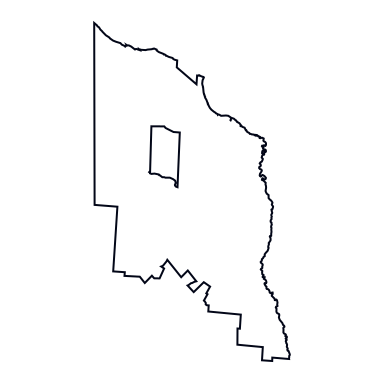 outline of Burke, Queensland, Australia
{"feature_id": "25037944B14025919363288", "entity_name": "Burke", "entity_type": "district", "adm_level": 2, "iso_a3": "AUS", "parent_name": "Australia", "parent_adm1": "Queensland", "projection": "natural_earth1", "projection_center": [139.379, -18.061], "detail": "fine", "context": "isolated", "style": "outline", "palette": "ink", "viewbox_px": 384, "rotation_deg": 0, "n_neighbors": 0, "source": "geoboundaries", "source_scale": "gbopen_adm2", "svg_char_len": 5967}
<svg xmlns="http://www.w3.org/2000/svg" viewBox="0 0 384 384"><path d="M94.2,23.0L94.6,204.9L117.4,206.7L113.2,271.4L124.8,272.2L124.5,275.9L139.8,276.7L144.8,283.0L151.9,275.7L154.2,278.3L159.6,278.4L164.1,268.5L161.2,266.5L162.7,265.9L163.6,265.0L166.5,261.4L167.3,259.8L181.2,277.2L187.8,270.5L196.3,281.3L194.4,281.8L192.1,283.0L191.0,283.2L188.4,285.2L187.6,285.5L193.7,292.1L203.8,282.2L210.1,286.6L206.3,293.4L207.5,294.2L203.9,300.6L204.8,301.4L205.8,303.0L205.7,304.4L206.7,305.2L208.7,305.4L208.3,311.5L240.8,314.6L239.9,328.7L237.5,328.5L237.4,344.7L262.8,347.1L262.0,360.3L272.2,361.0L272.3,357.6L289.1,359.0L289.0,358.3L289.2,357.4L289.2,355.9L289.8,355.0L289.8,354.3L288.6,351.1L288.3,350.7L287.7,350.7L287.3,349.8L287.7,348.5L286.8,346.8L287.1,344.9L286.7,343.6L286.3,343.2L286.2,342.2L285.8,341.5L285.9,340.7L286.7,339.9L286.5,339.4L285.8,338.9L285.7,338.6L286.8,337.7L286.9,336.9L286.7,336.6L285.9,336.7L285.4,336.3L285.4,335.6L285.9,334.9L285.6,334.3L283.9,333.4L283.4,332.4L283.5,329.6L283.3,328.0L283.5,327.6L284.4,326.8L284.4,326.3L284.0,325.6L283.0,324.8L282.4,323.1L279.7,319.8L278.9,317.5L279.3,315.1L279.1,314.2L278.4,313.7L277.3,313.2L276.7,312.5L276.4,311.4L276.5,308.7L275.8,307.6L276.1,306.7L277.3,306.2L277.5,306.0L277.2,304.5L277.5,302.6L277.1,300.7L276.8,300.0L276.4,299.6L275.7,299.7L275.2,300.2L274.8,300.1L274.5,298.6L271.8,295.9L271.8,295.4L272.7,293.9L272.6,292.5L272.1,292.5L271.4,293.4L270.4,293.1L269.7,292.5L269.6,291.4L268.8,289.8L267.9,289.1L266.9,289.0L266.6,288.7L266.4,288.1L266.5,286.7L265.6,285.9L264.7,284.4L264.5,283.7L264.6,283.3L264.8,283.1L265.7,283.3L266.1,283.2L266.4,282.5L266.3,281.5L266.0,280.6L265.4,279.8L263.9,278.9L264.0,278.4L264.6,277.7L264.6,277.2L263.2,277.4L262.7,277.1L262.7,276.5L263.5,275.5L263.6,275.1L262.3,274.2L262.1,272.5L262.3,271.0L260.8,269.5L261.1,268.8L262.1,268.2L262.3,267.9L262.2,266.6L262.6,265.5L262.7,264.6L262.4,264.0L260.8,262.6L260.7,261.9L261.6,261.0L261.9,260.1L261.9,259.2L263.0,258.2L263.6,256.9L264.7,256.2L264.7,254.3L265.8,252.8L267.5,251.0L267.8,250.4L268.5,248.3L268.6,247.8L268.2,247.2L268.3,246.2L269.0,244.0L268.7,243.1L270.3,240.8L270.6,240.0L270.5,238.0L269.8,236.7L270.1,236.0L271.0,236.0L271.2,235.8L271.2,233.7L271.5,231.9L271.3,229.6L271.5,227.9L271.1,227.2L271.2,226.1L271.8,224.6L271.5,223.7L271.5,222.6L270.7,221.9L270.6,221.2L270.7,220.4L271.6,219.0L271.4,217.7L271.8,216.6L271.4,215.7L271.3,215.0L271.4,214.5L272.1,213.4L272.2,212.5L271.8,211.5L271.8,210.4L271.5,210.1L271.4,209.7L271.6,209.4L272.5,209.0L273.1,206.8L273.0,206.3L272.1,205.2L271.8,204.5L272.4,202.9L272.4,202.4L271.2,200.6L269.7,199.4L268.6,198.1L268.6,195.1L266.7,193.6L265.7,191.5L265.6,190.8L266.1,187.8L266.0,186.1L265.5,184.3L265.7,182.8L263.3,180.4L262.2,180.1L261.9,179.8L262.2,178.7L262.7,178.3L263.3,178.6L263.9,179.4L265.4,179.2L265.8,178.5L265.9,177.8L264.4,176.0L262.9,175.1L262.4,175.0L261.9,175.3L261.1,176.3L260.7,176.5L260.0,176.1L259.7,175.4L260.0,173.8L261.6,171.3L261.8,170.5L261.4,169.6L259.9,169.0L259.1,168.0L259.3,167.0L260.4,166.3L260.8,165.6L260.6,164.3L259.8,163.7L259.7,163.4L260.5,162.3L261.8,161.6L262.7,159.6L262.8,158.8L261.7,157.6L262.1,155.9L262.7,155.0L264.0,154.7L264.2,154.3L264.1,153.7L263.7,153.2L262.6,153.6L262.1,153.3L262.1,152.7L262.3,151.2L262.7,150.8L263.5,150.7L264.1,151.1L264.7,152.0L265.2,152.2L265.9,151.6L265.9,150.7L265.7,150.0L265.0,149.5L263.9,149.4L263.3,149.0L263.0,148.4L263.5,147.5L263.5,147.1L262.4,146.9L261.9,146.2L262.1,145.7L263.3,145.6L264.1,145.2L265.0,145.8L265.4,145.9L266.0,144.9L266.0,143.4L265.7,142.6L264.9,141.8L263.8,141.3L263.4,140.7L263.7,138.5L262.4,137.8L261.5,137.8L260.3,138.2L259.8,138.1L260.0,136.9L259.4,136.6L259.4,137.0L258.4,136.5L257.9,135.8L257.4,135.8L256.9,135.0L256.6,135.0L256.0,135.6L255.6,134.9L254.7,134.9L254.8,135.1L254.5,135.2L254.3,134.8L253.9,134.6L252.5,134.4L252.1,134.5L250.4,133.8L249.9,133.9L249.1,132.9L247.2,131.9L246.3,130.2L245.8,130.3L244.6,127.7L242.7,127.0L242.3,126.6L240.8,126.2L240.5,126.0L240.6,125.5L241.0,125.3L239.4,123.2L237.2,122.0L237.2,121.7L236.8,121.6L235.8,120.2L235.4,120.1L233.9,118.7L231.9,118.0L231.6,118.1L230.9,119.2L230.7,120.5L230.1,121.1L230.6,120.4L230.7,119.3L231.4,117.9L228.3,115.8L226.0,115.5L221.1,115.8L219.5,114.8L218.1,114.4L217.8,114.7L217.6,114.1L215.8,113.2L215.5,112.7L214.0,111.8L211.4,109.7L209.8,107.8L208.6,105.5L208.1,104.2L207.9,104.2L207.9,103.5L207.7,103.5L207.6,103.3L207.6,103.0L206.3,99.6L205.4,98.2L205.1,97.5L205.1,96.8L204.8,96.6L204.8,96.1L204.3,94.6L204.2,94.7L204.0,94.2L203.6,92.4L203.1,87.4L202.6,86.5L202.9,87.0L203.0,86.7L202.4,84.9L202.2,83.5L202.6,80.2L203.2,79.0L203.4,78.2L203.5,78.3L203.8,77.6L203.1,77.1L203.2,76.9L201.5,76.4L199.3,75.3L199.2,75.7L197.1,75.5L196.5,84.3L176.8,67.4L177.2,60.4L174.3,59.6L173.1,58.8L173.1,58.5L172.3,57.9L168.8,56.9L166.4,55.7L166.1,55.8L165.7,55.1L165.1,54.7L163.8,54.1L163.7,54.3L163.0,53.7L158.9,52.1L157.2,50.9L156.1,49.7L156.5,49.9L156.8,50.3L156.7,49.6L154.0,48.5L153.3,48.9L152.3,48.9L151.9,49.2L147.5,49.6L145.6,50.1L141.3,49.8L140.7,49.9L140.6,50.2L140.3,50.1L140.0,49.5L139.6,49.6L139.2,49.3L139.3,49.7L139.7,49.8L139.9,50.2L138.1,49.6L138.1,49.3L137.7,49.4L137.2,49.1L135.8,49.0L135.0,49.5L131.1,46.5L128.8,45.4L128.0,45.4L126.8,45.6L126.6,45.5L126.8,45.3L126.7,45.1L127.0,45.3L126.7,45.0L126.1,45.2L125.7,45.0L126.0,45.2L126.0,45.4L125.8,45.5L125.8,45.9L125.3,46.0L125.3,46.5L125.2,46.6L124.4,45.8L121.9,44.7L120.4,43.1L116.1,41.8L113.1,40.6L109.8,38.3L109.6,37.8L109.2,37.4L105.9,35.3L102.4,31.7L102.2,31.3L100.4,29.6L99.1,27.5L98.6,27.0L97.5,26.4L97.0,25.4L94.2,23.0ZM177.5,187.2L175.9,186.6L175.0,185.5L174.9,184.9L175.7,183.0L175.6,182.2L175.1,180.6L173.0,179.1L169.9,177.7L165.5,177.7L164.2,177.2L162.3,177.2L159.2,174.8L159.0,175.0L158.5,174.6L158.5,174.4L154.5,173.6L151.4,173.9L150.0,173.3L150.0,172.7L149.2,172.1L149.9,171.3L150.1,171.3L151.4,126.3L164.3,126.4L165.6,128.0L173.5,132.0L179.8,132.5L177.5,187.2Z" fill="none" stroke="#020617" stroke-width="2"/></svg>